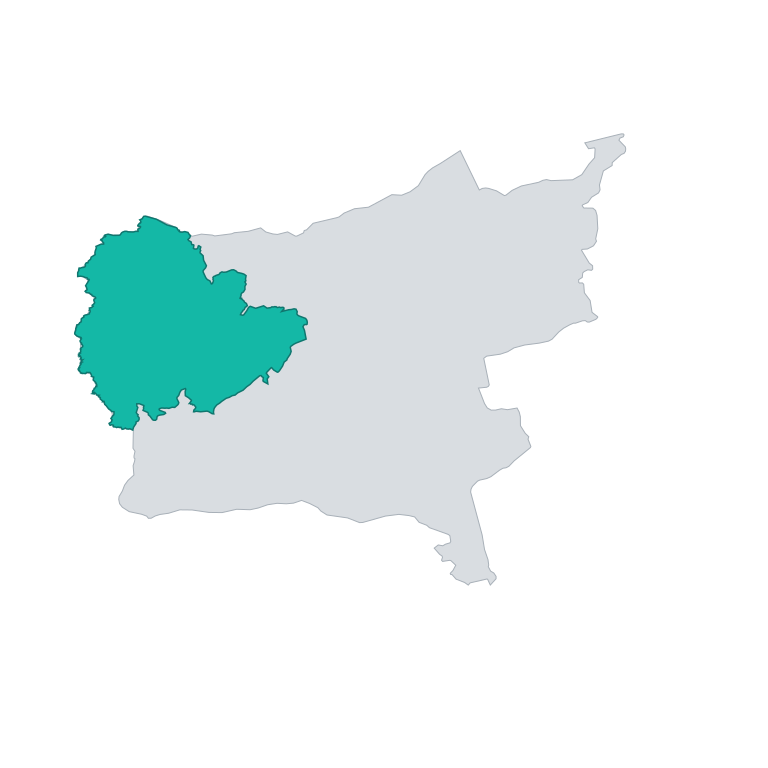 Orientale highlighted on a map of Democratic Republic of the Congo, rotated 256°
{"feature_id": "COD-1559", "entity_name": "Orientale", "entity_type": "Province", "adm_level": 1, "iso_a3": "COD", "parent_name": "Democratic Republic of the Congo", "parent_adm1": "", "projection": "equal_earth", "projection_center": [26.062, 1.632], "detail": "fine", "context": "in_parent", "style": "filled", "palette": "teal", "viewbox_px": 768, "rotation_deg": 256, "n_neighbors": 0, "source": "natural_earth", "source_scale": "10m", "svg_char_len": 9756}
<svg xmlns="http://www.w3.org/2000/svg" viewBox="0 0 768 768"><g transform="rotate(256 384 384)"><path d="M592.0,514.4L549.2,523.4L550.0,526.7L549.6,530.1L548.5,532.8L544.2,539.9L537.7,546.4L537.7,548.0L540.9,555.2L542.9,565.2L542.3,582.8L543.2,587.5L543.0,591.2L540.9,595.3L536.5,616.4L539.3,626.6L547.8,636.1L552.6,643.1L561.0,645.7L562.3,645.3L562.8,639.4L569.4,637.2L569.3,674.6L568.8,676.7L567.6,677.2L566.0,676.0L565.5,672.4L563.7,670.9L555.7,675.5L553.6,675.4L551.4,674.6L549.7,672.7L549.3,669.8L543.6,659.0L540.8,658.2L537.7,648.4L525.0,641.2L520.1,640.6L517.5,638.4L515.0,630.6L510.8,625.7L509.8,620.2L509.0,619.4L506.4,620.5L504.1,629.2L501.2,631.3L496.0,631.5L482.9,629.0L473.6,624.5L471.1,624.7L467.4,620.7L465.8,614.0L466.7,608.8L466.0,608.0L451.7,612.4L448.3,615.0L445.0,614.3L444.1,612.9L445.5,609.3L444.7,605.5L443.7,603.7L439.5,602.2L438.1,598.1L435.5,597.5L434.7,598.1L434.1,600.9L432.5,601.9L424.0,600.5L415.1,604.2L403.2,603.2L397.6,607.6L396.8,607.4L395.5,605.2L394.4,598.1L395.0,596.2L396.8,594.7L397.3,591.9L396.7,584.5L397.2,582.7L396.5,578.5L394.7,571.7L392.2,566.2L386.8,557.9L385.8,554.0L386.1,544.6L387.8,529.9L387.6,518.9L385.4,511.8L384.8,504.1L386.2,490.3L384.8,487.0L357.7,485.9L356.5,484.8L356.0,482.9L357.2,474.7L340.7,476.8L335.8,478.4L332.7,481.7L331.7,485.9L331.6,491.9L329.2,497.6L328.5,507.3L324.0,508.4L319.4,508.4L310.5,506.3L302.0,509.1L297.8,511.7L295.6,510.4L287.9,511.4L286.9,510.7L277.9,491.6L273.9,485.2L273.2,482.1L273.5,479.1L272.4,475.2L268.2,465.3L267.4,460.8L267.6,453.6L267.1,451.2L263.3,445.0L260.9,443.0L258.2,441.9L213.8,442.7L199.1,441.5L188.4,442.4L183.0,441.8L181.5,441.0L176.6,442.2L174.1,444.8L170.2,446.2L167.9,445.6L163.2,438.5L169.5,437.3L169.9,436.6L170.2,419.5L168.5,417.1L171.9,414.2L177.2,406.7L182.5,404.0L183.2,402.5L184.3,402.5L186.3,405.7L190.8,409.8L196.4,406.2L197.0,405.2L197.7,397.9L199.1,397.2L201.6,398.8L202.9,398.8L205.4,396.7L212.6,393.0L214.7,397.7L212.8,401.9L213.7,404.9L213.9,409.6L215.1,410.7L220.8,411.2L222.4,410.1L233.6,393.3L236.6,391.3L241.3,384.6L247.6,381.6L250.3,376.4L253.9,366.9L255.5,353.4L254.8,329.9L255.4,326.8L262.9,316.2L270.7,297.0L276.0,292.0L280.0,289.9L286.1,282.9L291.0,275.8L290.3,267.4L291.4,260.3L294.1,251.4L295.0,241.9L294.1,231.9L294.4,223.7L298.1,210.7L298.4,195.8L301.7,183.2L308.2,167.3L311.3,155.4L310.7,143.7L311.6,135.1L311.3,130.1L310.1,125.7L310.7,122.9L313.2,121.8L316.2,117.4L321.8,105.9L327.7,100.3L331.8,98.5L336.1,98.7L338.9,99.7L343.4,104.2L348.6,107.8L352.4,112.3L356.2,119.3L365.4,120.8L369.4,123.3L371.8,124.3L372.7,123.6L374.6,124.0L378.9,126.1L382.4,124.9L399.4,129.5L401.3,127.2L406.1,115.2L409.7,111.1L415.5,110.7L420.1,113.0L422.5,113.0L443.4,102.7L446.1,102.2L453.7,104.7L458.7,103.0L460.7,103.5L464.9,101.7L468.4,94.5L471.3,92.8L501.4,100.5L506.0,96.7L508.1,96.3L514.8,99.1L516.8,103.5L520.9,107.3L523.7,113.6L528.2,117.1L530.5,120.4L533.1,122.8L538.6,123.6L545.5,117.9L550.4,118.5L555.3,121.6L557.0,121.5L560.7,118.1L562.7,114.6L564.6,113.8L567.5,115.4L569.9,118.7L572.0,123.5L579.5,134.3L586.8,138.8L588.6,145.4L591.3,144.8L592.6,145.4L594.5,149.6L595.8,150.4L596.1,152.2L594.2,156.1L592.5,163.6L594.8,168.3L592.9,175.0L592.0,181.9L594.3,183.7L597.4,183.6L600.2,187.2L602.4,187.7L604.6,191.6L604.2,194.8L597.0,206.1L586.2,220.0L582.6,221.6L580.7,224.2L579.4,228.3L576.2,231.7L573.8,233.1L573.6,243.1L570.0,253.5L568.6,255.6L566.6,272.5L567.0,275.4L565.0,289.2L565.3,302.1L560.1,306.1L556.5,312.4L554.9,316.8L554.9,327.3L549.0,333.7L548.6,335.2L550.1,342.5L552.2,343.7L552.3,346.2L557.1,354.1L556.8,378.5L557.0,380.9L559.5,386.6L561.2,397.7L559.3,411.7L565.8,437.4L562.9,446.8L564.2,455.8L568.1,465.3L577.3,474.6L579.7,478.4L582.0,483.6L584.2,491.6L592.0,514.4Z" fill="#d9dde1" stroke="#a8b0b8" stroke-width="1"/><path d="M515.7,100.3L515.6,102.1L517.1,103.6L517.4,104.9L518.3,105.6L520.3,105.9L521.0,107.0L521.4,108.8L521.7,109.1L522.5,108.9L522.9,109.4L523.2,110.7L523.1,112.6L523.4,115.1L524.2,115.3L525.2,116.4L526.7,116.6L527.0,115.9L527.4,116.3L529.0,116.5L528.9,118.7L529.8,120.6L531.0,119.9L531.9,121.9L532.8,122.9L535.7,122.7L536.5,123.5L536.9,124.9L537.5,125.1L538.5,124.6L540.2,122.2L541.6,122.0L541.9,121.1L543.5,120.2L544.8,117.1L545.4,117.0L546.2,116.4L546.8,117.1L547.0,118.4L547.5,118.8L550.1,118.7L551.5,118.2L556.4,123.2L557.0,123.1L557.5,121.6L558.9,121.6L559.7,119.7L560.9,118.3L562.1,115.5L562.4,112.8L566.1,113.7L568.4,115.6L569.1,115.5L570.3,116.3L569.8,117.3L570.1,118.4L569.8,121.0L570.1,122.2L570.7,122.9L572.3,123.0L573.4,124.1L573.6,124.7L573.2,126.0L574.8,126.9L576.0,129.5L577.9,130.5L579.4,135.1L581.3,135.3L582.9,136.0L585.6,137.8L587.2,137.8L588.1,143.2L587.6,145.8L588.8,146.1L590.2,145.2L591.1,145.2L592.3,143.9L592.8,144.3L593.1,146.1L594.5,147.4L594.2,149.0L594.5,149.6L595.8,148.7L596.1,149.4L596.1,152.6L593.7,157.2L592.3,163.2L592.6,164.3L594.1,165.8L594.6,167.0L594.9,169.5L594.3,171.6L593.7,172.1L592.1,177.6L592.2,179.9L591.6,182.3L593.8,182.6L594.1,184.4L595.3,185.8L596.0,185.4L596.7,183.5L597.5,183.5L599.2,185.8L599.1,186.6L599.6,187.1L600.9,187.4L602.4,186.7L602.7,189.2L604.8,191.4L604.6,193.0L598.9,203.1L590.9,211.8L586.2,220.0L585.1,221.0L583.6,221.1L582.6,222.6L581.6,222.1L580.7,223.2L580.1,225.0L580.1,227.5L578.5,230.5L576.0,231.2L574.7,232.1L572.9,230.9L571.6,228.7L570.3,229.3L568.6,231.2L565.8,231.2L565.1,232.9L564.7,233.1L561.6,231.9L560.7,233.1L560.3,235.0L561.1,236.3L562.8,237.1L563.0,237.8L561.2,239.4L559.1,238.1L557.7,238.4L556.8,237.5L555.8,237.2L552.2,239.5L547.7,238.9L541.7,240.3L539.9,239.0L537.8,236.0L536.5,235.6L530.2,236.8L528.1,237.8L526.2,240.0L522.9,240.7L523.0,241.8L525.0,243.3L525.9,243.6L526.7,243.3L527.7,243.8L528.6,243.7L529.2,244.3L529.7,245.4L529.6,246.5L530.0,247.1L530.2,250.2L530.8,251.3L531.5,251.8L532.0,253.9L531.2,255.4L530.8,258.1L531.6,263.7L531.2,265.8L529.3,267.9L527.7,268.8L525.7,272.8L524.5,274.7L522.5,276.4L519.3,275.0L517.5,274.9L516.7,273.7L514.3,274.4L512.3,272.6L509.4,272.0L507.3,269.9L506.8,268.2L505.5,266.9L504.4,266.7L502.0,265.0L501.6,265.3L501.8,266.3L501.6,266.7L500.6,266.6L498.5,268.2L497.2,268.4L495.4,270.0L493.1,270.3L492.4,269.3L492.1,268.0L490.0,266.3L489.5,264.7L488.8,264.5L487.7,262.8L486.0,261.5L484.9,263.5L485.0,264.6L488.3,268.6L490.8,270.9L491.5,272.0L491.7,273.1L488.5,277.8L489.0,286.1L485.9,288.9L485.5,292.5L486.0,293.9L485.5,295.2L485.5,296.8L485.2,297.1L485.2,297.9L484.0,298.9L483.9,301.2L483.0,302.4L483.1,303.6L482.7,304.8L482.1,305.3L480.8,305.0L480.8,304.5L479.1,302.2L479.1,309.6L478.7,312.2L478.7,314.9L477.9,316.7L475.2,317.3L473.1,316.4L471.7,316.9L470.6,318.0L466.6,323.8L464.5,324.6L462.4,324.5L460.6,323.8L460.4,323.2L460.8,321.9L460.8,320.9L459.2,319.2L455.3,319.8L446.4,319.3L445.0,308.5L444.4,306.0L443.0,302.5L442.1,301.9L438.1,301.8L435.5,300.1L432.1,296.3L430.8,295.5L429.4,292.4L425.9,289.9L422.1,285.7L421.2,284.1L421.3,283.3L424.2,280.4L427.1,278.9L427.0,278.2L423.8,273.2L423.0,272.4L418.9,274.0L417.2,271.9L412.2,271.3L415.7,267.5L416.6,267.4L419.5,268.5L420.5,267.4L421.9,266.8L422.1,265.4L418.4,257.7L416.0,253.9L414.6,250.2L412.1,245.8L410.8,239.9L409.3,236.9L409.4,233.9L408.5,230.7L408.3,227.4L406.4,222.3L405.3,220.1L404.1,216.6L402.1,214.0L400.8,212.9L398.0,211.7L396.2,211.6L396.8,210.0L399.6,207.2L400.5,205.7L401.4,199.4L403.0,195.1L402.9,193.1L403.1,192.5L404.8,193.3L405.9,195.1L407.1,195.8L409.5,194.7L410.1,193.9L410.1,193.1L411.0,192.9L411.3,191.5L412.0,191.3L412.2,190.4L414.0,192.7L414.8,193.2L418.0,191.0L420.7,188.4L424.6,189.2L427.0,190.4L427.7,190.1L427.2,185.9L425.3,183.9L422.5,182.0L421.1,179.9L419.9,179.5L415.7,180.4L414.5,179.8L413.6,178.7L411.9,175.3L412.7,172.8L412.4,169.4L413.2,167.5L413.5,165.6L414.5,162.5L414.4,160.1L413.6,159.6L412.7,160.0L409.4,164.8L408.4,165.0L407.7,162.9L408.1,158.5L407.8,156.6L407.0,155.8L404.8,154.9L404.1,153.5L404.5,151.9L405.3,150.8L409.3,149.2L411.1,147.9L412.7,148.2L413.6,147.8L416.7,143.8L418.4,144.9L419.7,145.0L420.8,145.8L421.3,145.7L424.0,141.9L424.6,139.3L422.2,138.8L420.9,139.5L416.2,136.7L414.5,137.3L413.7,138.0L412.5,137.2L410.7,138.2L409.1,137.9L407.7,136.8L407.1,134.2L405.6,133.8L402.7,130.6L400.1,129.1L402.1,126.6L402.1,125.0L402.8,123.3L403.8,122.4L403.3,120.5L403.4,118.9L405.6,118.4L405.8,117.0L406.6,115.4L406.4,114.1L407.2,113.1L407.9,111.1L408.3,110.9L409.4,111.5L410.4,109.8L410.1,108.7L410.5,108.0L412.3,107.7L413.2,110.3L415.1,111.5L416.7,110.7L417.7,112.1L418.7,113.0L419.0,113.9L420.1,114.7L422.4,115.3L423.2,113.1L424.5,112.6L426.4,110.8L430.4,109.1L431.7,108.1L434.8,108.2L434.9,106.6L435.5,107.0L438.1,105.0L439.5,105.5L440.8,103.9L441.7,103.9L442.0,104.7L442.9,102.4L444.5,102.1L445.2,101.4L445.2,101.0L444.4,100.5L445.2,98.7L445.5,99.9L446.0,100.4L446.1,99.4L446.6,99.1L447.9,99.8L448.8,101.3L449.9,101.7L450.2,103.0L451.5,103.8L451.1,104.7L452.9,105.1L453.7,104.7L454.3,105.0L455.0,104.2L455.6,104.5L458.2,102.8L460.9,104.0L462.2,101.9L462.9,102.3L464.4,102.2L466.3,101.5L467.2,98.1L466.4,97.4L466.3,96.7L466.9,95.4L467.1,94.0L467.9,93.4L467.6,92.8L468.3,92.1L469.2,92.2L470.3,91.4L470.8,91.8L471.7,91.4L471.5,90.9L471.8,90.8L472.6,90.8L473.1,91.9L473.6,91.9L473.3,92.5L473.6,92.8L474.2,92.5L475.2,93.1L476.4,94.7L477.0,94.8L477.2,94.4L477.0,94.2L477.5,94.3L477.6,95.1L478.0,94.9L478.3,96.4L478.8,95.7L479.4,95.7L480.3,97.2L480.3,96.6L480.6,96.2L481.4,96.3L481.7,95.4L482.9,96.6L483.9,96.2L484.1,95.7L484.5,95.9L484.4,94.9L484.9,95.1L485.3,94.4L486.0,95.2L486.3,95.1L486.6,95.5L486.9,95.1L487.3,96.3L487.6,96.1L487.6,96.8L488.0,96.6L488.6,97.5L490.5,97.9L490.7,98.2L491.4,97.8L492.5,99.2L493.0,100.6L494.0,101.0L495.3,100.4L495.5,100.6L496.2,100.0L496.9,100.4L498.3,99.5L499.4,99.5L501.0,101.3L501.6,100.8L502.4,101.3L504.6,97.8L507.2,96.1L508.2,96.2L511.0,98.0L512.5,98.4L513.4,99.4L515.7,100.3Z" fill="#14b8a6" stroke="#0f766e" stroke-width="1.5"/></g></svg>